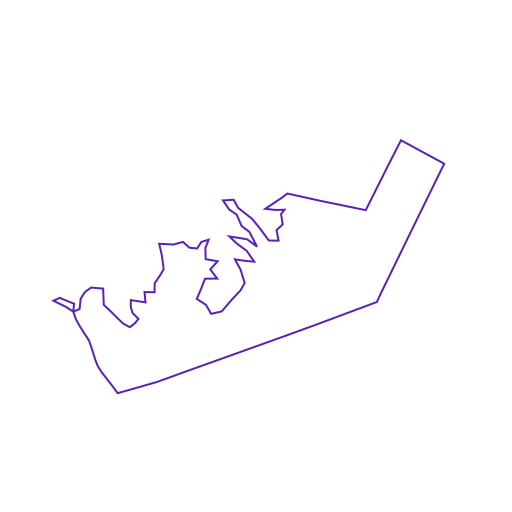 the district of Miguel Leão, Piauí, Brazil, rotated 132°
{"feature_id": "56859067B33097210758811", "entity_name": "Miguel Leão", "entity_type": "district", "adm_level": 2, "iso_a3": "BRA", "parent_name": "Brazil", "parent_adm1": "Piauí", "projection": "equal_earth", "projection_center": [-42.679, -5.71], "detail": "fine", "context": "isolated", "style": "outline", "palette": "violet", "viewbox_px": 512, "rotation_deg": 132, "n_neighbors": 0, "source": "geoboundaries", "source_scale": "gbopen_adm2", "svg_char_len": 1437}
<svg xmlns="http://www.w3.org/2000/svg" viewBox="0 0 512 512"><g transform="rotate(132 256 256)"><path d="M419.6,354.6L423.6,347.3L426.2,339.6L428.2,332.5L430.6,323.5L434.8,315.8L440.5,306.3L443.6,300.1L445.6,293.1L447.1,284.9L448.5,276.9L450.5,267.0L416.4,245.6L382.9,227.7L290.9,178.2L266.8,165.4L209.3,135.4L199.7,138.4L193.6,140.1L122.2,160.6L61.5,177.9L73.0,225.7L100.3,218.4L148.5,205.1L171.6,244.5L188.6,274.5L195.1,275.7L214.7,280.7L208.9,272.5L202.6,265.8L208.0,265.5L214.7,257.3L222.9,258.1L229.5,249.5L235.9,256.8L232.6,273.2L231.0,283.9L232.2,301.3L229.2,310.3L236.8,317.7L239.4,307.2L238.2,298.1L243.4,286.6L242.5,277.2L245.7,268.5L248.4,261.5L249.5,273.7L253.6,280.2L259.3,288.9L259.6,279.2L258.4,266.3L261.4,253.5L266.5,260.3L272.6,269.4L276.4,258.5L283.6,246.4L292.0,244.5L303.9,244.8L320.1,244.4L329.0,250.6L325.8,260.5L327.5,271.3L317.2,274.8L307.0,278.7L298.7,269.7L296.6,281.0L285.6,281.0L292.0,291.3L283.9,299.0L275.6,302.1L282.1,306.0L289.8,304.8L294.4,311.0L294.4,319.7L302.7,325.0L311.7,336.1L318.9,325.9L327.6,315.8L333.6,314.5L344.1,313.0L350.8,307.2L357.4,314.7L364.4,307.1L372.5,319.5L377.4,315.3L380.9,309.8L381.4,301.3L386.9,301.0L393.3,302.1L395.1,309.5L394.9,317.0L394.4,325.5L394.2,336.4L382.5,347.8L389.8,357.4L397.1,359.0L404.9,357.8L413.5,351.6L419.6,354.6ZM424.8,376.6L421.1,363.7L419.6,354.6L413.2,359.3L416.1,367.2L418.4,373.8L424.8,376.6Z" fill="none" stroke="#5b21b6" stroke-width="2"/></g></svg>